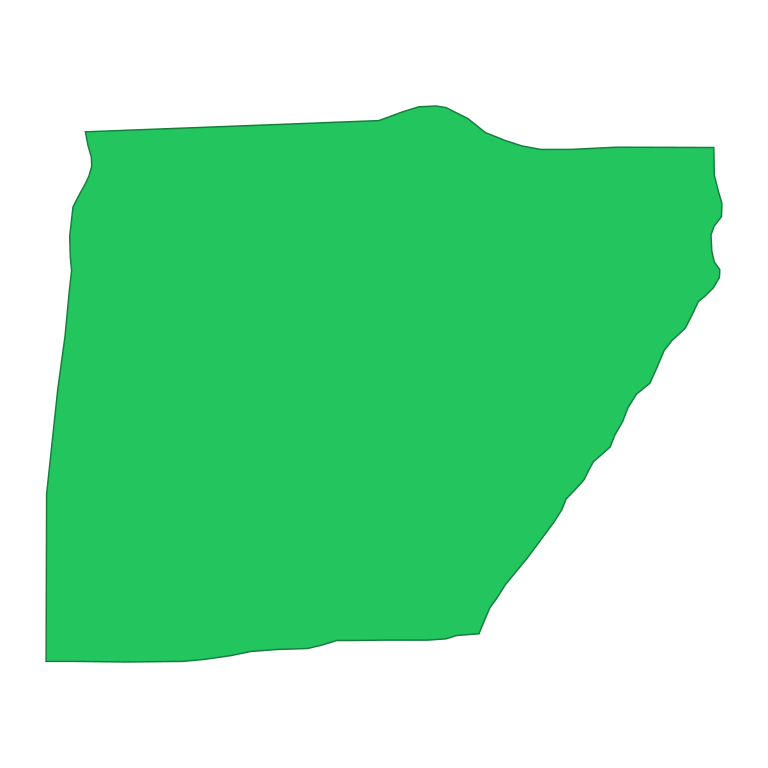 Ntem, Wouleu-Ntem, Gabon
{"feature_id": "22940354B82512793469031", "entity_name": "Ntem", "entity_type": "district", "adm_level": 2, "iso_a3": "GAB", "parent_name": "Gabon", "parent_adm1": "Wouleu-Ntem", "projection": "mercator", "projection_center": [11.684, 2.068], "detail": "fine", "context": "isolated", "style": "filled", "palette": "green", "viewbox_px": 768, "rotation_deg": 0, "n_neighbors": 0, "source": "geoboundaries", "source_scale": "gbopen_adm2", "svg_char_len": 1147}
<svg xmlns="http://www.w3.org/2000/svg" viewBox="0 0 768 768"><path d="M713.8,147.5L616.1,147.2L571.4,149.4L540.6,149.4L521.8,145.9L504.3,140.2L485.4,132.6L467.9,118.6L446.0,107.6L436.3,106.0L418.8,106.8L402.4,111.9L378.8,120.6L85.4,131.8L87.9,145.0L91.4,157.4L91.7,166.3L89.0,175.8L85.8,182.8L77.7,197.6L73.0,207.0L69.7,236.3L70.3,256.8L71.6,270.6L69.6,288.3L65.0,336.4L57.8,389.0L46.6,494.3L46.1,661.4L74.9,661.4L126.2,662.0L182.8,661.4L204.5,659.4L231.5,655.5L250.5,651.5L276.9,649.5L307.6,648.5L321.9,645.1L336.7,640.5L356.0,640.5L385.5,640.1L416.2,640.1L428.0,640.1L446.1,638.8L456.7,635.5L478.9,633.8L479.0,633.8L483.6,622.4L489.9,607.7L496.7,598.4L505.5,584.5L527.0,558.4L539.2,542.0L553.9,522.2L561.9,509.6L566.1,499.0L574.6,490.2L583.8,480.1L589.3,469.1L593.5,461.6L602.3,454.0L610.3,446.8L614.6,435.5L622.6,421.6L628.0,407.7L636.4,394.2L649.9,383.2L656.7,368.1L664.2,350.4L671.8,340.7L685.3,328.1L691.6,315.9L698.3,301.6L705.5,295.7L713.1,288.1L719.4,277.6L719.8,269.6L714.3,262.0L711.8,251.0L711.0,235.0L713.9,226.6L721.5,216.5L721.9,203.5L718.6,192.1L714.3,175.2L713.8,147.5Z" fill="#22c55e" stroke="#15803d" stroke-width="1.5"/></svg>